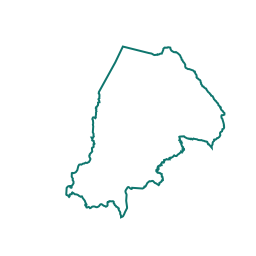 Rumphi, Rumphi, Malawi, rotated 326°
{"feature_id": "42251766B19667920055188", "entity_name": "Rumphi", "entity_type": "district", "adm_level": 2, "iso_a3": "MWI", "parent_name": "Malawi", "parent_adm1": "Rumphi", "projection": "robinson", "projection_center": [33.745, -10.79], "detail": "fine", "context": "isolated", "style": "outline", "palette": "teal", "viewbox_px": 256, "rotation_deg": 326, "n_neighbors": 0, "source": "geoboundaries", "source_scale": "gbopen_adm2", "svg_char_len": 5888}
<svg xmlns="http://www.w3.org/2000/svg" viewBox="0 0 256 256"><g transform="rotate(326 128 128)"><path d="M123.8,82.0L123.4,82.9L123.0,83.1L123.1,84.1L122.2,85.6L121.4,86.4L121.0,87.3L119.6,87.6L119.3,89.6L118.9,90.4L118.7,90.2L118.3,90.4L117.4,90.2L117.0,91.1L116.4,91.5L116.0,92.2L114.8,92.6L114.3,93.0L113.5,92.8L112.6,93.3L112.2,93.9L112.4,94.6L111.4,95.5L111.2,96.6L110.6,96.8L110.2,97.2L109.7,97.8L109.4,98.5L107.6,100.4L107.2,101.3L106.4,101.6L105.9,100.4L105.1,99.7L104.6,99.8L103.5,100.6L103.3,101.1L103.3,101.9L102.1,104.1L101.4,105.1L100.8,105.5L100.1,107.2L96.4,111.9L96.2,113.5L95.1,115.1L95.0,115.8L93.2,116.6L92.7,115.7L92.4,115.5L92.3,116.3L92.5,117.1L91.4,118.1L91.5,118.6L92.3,119.5L91.5,121.2L91.4,122.4L91.2,122.5L90.3,122.2L89.2,124.1L88.6,124.6L87.5,124.3L86.9,124.5L86.5,125.0L85.2,127.5L81.5,128.4L81.0,129.2L80.3,129.4L79.8,130.6L79.7,132.3L79.1,133.1L76.8,134.3L74.6,134.1L74.1,133.8L73.5,133.0L71.9,133.0L70.9,132.4L68.9,132.3L68.1,131.5L67.0,131.1L65.5,131.8L62.4,134.6L60.2,135.4L59.4,135.4L57.7,135.0L56.6,134.0L56.2,134.0L54.1,136.9L53.9,139.3L53.0,140.1L52.9,141.9L51.9,143.4L50.2,144.2L49.0,144.4L48.2,145.6L47.7,145.9L47.4,145.7L47.0,145.2L47.0,144.7L47.5,143.7L46.9,143.3L46.1,143.0L45.2,142.9L43.6,143.4L39.7,148.5L39.6,149.2L40.6,150.4L40.5,151.5L40.6,152.2L41.4,152.0L42.6,150.6L43.2,150.7L44.3,151.4L44.7,151.2L45.3,150.4L45.8,150.3L46.5,151.8L46.7,153.0L48.4,154.5L49.3,156.0L49.5,157.2L50.0,157.8L50.3,158.5L51.2,158.7L51.6,159.0L51.3,160.4L51.5,164.2L51.0,166.2L50.8,168.3L50.7,168.5L50.2,168.5L49.7,167.7L49.5,167.8L49.3,168.2L49.5,169.4L49.2,170.6L49.5,171.0L51.2,171.4L51.5,171.9L51.7,173.2L52.6,173.4L54.2,173.2L55.1,173.5L56.4,174.4L57.4,175.9L58.5,176.5L60.1,176.6L62.3,175.9L63.1,176.1L63.6,176.6L64.4,178.9L65.2,179.8L65.5,180.7L66.1,181.0L67.2,181.0L67.8,180.7L69.4,178.2L69.8,178.0L70.6,178.6L71.3,178.2L72.0,178.4L73.0,179.4L74.6,180.3L74.9,181.2L74.0,182.6L74.3,183.5L73.9,184.6L74.4,185.7L74.2,186.6L75.0,187.8L75.0,188.5L75.4,189.5L74.8,190.0L74.5,191.2L74.5,192.8L74.3,193.8L73.5,194.8L73.2,196.7L72.3,198.1L74.0,198.4L74.7,198.3L76.8,197.2L78.4,196.1L82.4,193.9L83.0,193.0L85.8,187.3L89.4,182.7L89.7,182.0L89.9,180.4L90.5,179.0L91.2,178.4L94.5,177.0L95.2,177.1L95.5,177.4L96.2,179.6L96.7,180.4L97.4,180.5L98.0,179.9L106.2,186.3L107.5,186.5L108.3,186.2L108.8,185.7L109.2,185.8L109.6,186.3L110.0,186.2L113.3,184.4L116.0,184.1L116.8,184.8L118.5,185.4L119.1,186.0L119.5,188.4L120.4,189.8L121.5,192.5L122.4,192.2L123.0,191.7L123.3,191.1L125.5,191.2L125.8,191.0L126.1,191.0L126.7,190.4L127.3,190.8L127.8,190.8L127.9,190.7L128.2,189.8L128.7,189.2L128.9,188.2L129.2,188.0L129.2,187.3L128.9,187.1L129.1,186.7L129.8,185.7L129.8,185.3L130.1,185.0L129.7,184.7L129.7,184.2L129.6,183.6L129.0,183.2L128.5,182.1L128.2,181.9L127.9,182.0L127.5,181.6L127.6,180.5L127.9,180.3L127.9,180.1L127.3,179.9L127.3,179.7L127.6,179.2L128.2,179.3L128.6,179.1L128.6,178.9L129.4,179.3L129.5,179.5L130.3,179.3L130.8,178.5L130.2,178.6L130.0,177.8L130.8,177.5L130.5,177.3L131.3,176.6L133.8,176.7L134.1,177.0L134.1,177.4L134.3,177.4L134.6,177.0L134.9,177.1L135.1,176.8L135.3,177.1L135.7,176.1L137.1,175.5L137.3,175.8L137.6,175.8L137.9,176.5L138.4,176.7L139.2,176.2L139.4,175.9L139.1,175.7L139.4,175.6L139.8,175.0L140.2,175.1L140.3,174.8L141.7,175.4L142.5,175.3L143.4,176.4L144.0,176.6L144.1,176.2L144.2,176.6L144.7,176.5L145.0,177.1L145.3,176.7L145.7,177.0L145.9,177.0L146.0,176.3L146.3,176.5L146.6,176.3L147.1,176.8L149.0,177.0L151.0,176.5L151.5,177.6L152.6,178.4L154.3,177.9L156.2,177.9L157.9,177.6L158.6,177.9L158.7,177.7L158.9,178.1L159.2,177.7L159.5,178.2L160.1,178.1L160.6,177.3L160.8,177.5L160.7,177.7L161.2,177.6L161.3,176.9L161.8,177.4L162.3,177.4L162.8,176.5L162.3,174.9L162.9,174.5L162.6,173.1L163.0,171.9L163.1,171.1L163.4,170.5L164.3,170.5L164.3,170.4L164.0,170.2L164.4,169.4L163.9,169.1L164.5,168.8L164.3,168.5L164.3,167.5L164.0,167.1L163.9,167.1L164.0,166.8L163.9,166.7L164.9,166.2L165.2,164.9L166.0,163.2L165.9,163.6L166.2,164.0L167.1,164.7L168.2,165.2L168.7,165.7L169.5,166.0L169.9,166.4L169.9,167.1L170.8,168.8L171.4,169.9L172.0,170.2L172.3,170.9L173.1,171.6L173.5,171.5L173.8,172.4L174.7,172.5L174.8,173.1L175.1,173.6L176.4,173.4L177.0,174.2L179.0,176.1L179.5,177.2L181.2,178.6L182.0,179.0L183.0,180.4L183.8,181.1L184.5,182.3L185.1,182.6L185.3,183.1L185.9,183.7L185.9,184.0L185.3,186.3L185.4,186.5L185.9,186.5L186.4,191.2L187.2,189.8L188.9,188.9L190.0,187.5L190.9,187.0L192.2,186.8L192.7,186.4L192.9,185.8L193.3,185.9L194.1,186.6L195.4,186.5L196.3,186.2L196.9,186.6L198.7,186.5L200.4,185.7L201.3,183.9L202.0,183.3L203.0,183.2L204.1,183.3L205.1,182.5L205.5,181.8L207.0,182.0L207.9,181.4L208.4,180.7L208.6,179.8L209.1,179.5L210.0,177.3L211.3,173.2L211.2,171.9L212.0,170.4L212.8,169.8L214.3,170.6L215.4,170.8L216.3,169.6L215.9,167.8L216.1,167.3L215.6,165.6L215.6,164.7L215.7,163.8L216.4,162.9L215.9,162.4L216.3,161.8L215.7,159.7L216.1,159.2L216.3,157.6L215.9,156.6L216.0,155.0L215.6,154.0L215.6,152.9L215.4,152.1L215.7,150.9L215.9,149.0L215.0,147.5L215.3,146.7L215.0,145.6L215.1,145.0L214.5,142.5L214.6,141.6L214.5,140.4L214.8,139.1L214.4,138.7L213.7,136.7L213.8,136.0L213.0,135.0L213.3,134.4L213.2,132.4L213.8,131.6L213.8,130.7L214.3,129.8L214.5,129.1L214.4,128.3L213.7,127.1L213.8,126.4L213.2,125.2L213.1,124.4L213.3,124.0L213.8,123.7L214.4,122.2L214.3,120.5L214.7,119.2L214.5,118.8L214.9,118.5L214.4,117.8L214.2,116.8L211.7,113.4L210.7,112.7L209.5,110.3L209.7,109.2L210.9,107.4L211.0,105.1L210.7,103.6L211.1,102.3L210.7,101.5L211.4,99.7L211.4,98.5L211.8,96.9L211.1,93.9L210.2,91.8L209.4,91.7L209.2,91.3L208.4,90.7L207.3,88.3L207.3,86.7L208.0,85.0L206.7,83.7L205.9,83.3L205.2,83.3L204.4,82.5L203.9,82.4L203.2,81.8L201.6,82.1L201.0,82.9L197.6,85.2L196.3,84.4L194.6,84.3L193.8,83.5L193.4,83.8L193.0,83.7L192.6,83.2L191.0,82.5L190.3,81.8L189.2,79.5L187.1,77.4L169.3,57.6L154.1,66.5L123.8,82.0Z" fill="none" stroke="#0f766e" stroke-width="2"/></g></svg>